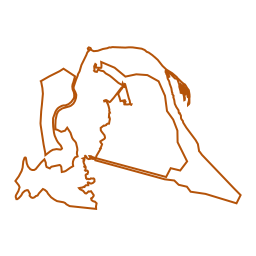 Dumyat, Dumyat, Egypt
{"feature_id": "37247803B80197492831052", "entity_name": "Dumyat", "entity_type": "district", "adm_level": 2, "iso_a3": "EGY", "parent_name": "Egypt", "parent_adm1": "Dumyat", "projection": "equal_earth", "projection_center": [31.855, 31.44], "detail": "fine", "context": "isolated", "style": "outline", "palette": "amber", "viewbox_px": 256, "rotation_deg": 0, "n_neighbors": 0, "source": "geoboundaries", "source_scale": "gbopen_adm2", "svg_char_len": 5677}
<svg xmlns="http://www.w3.org/2000/svg" viewBox="0 0 256 256"><path d="M236.5,203.3L240.6,195.1L234.0,188.4L202.0,154.9L199.8,151.9L199.1,151.2L197.9,144.1L195.7,140.2L186.3,127.6L183.2,122.6L182.8,120.9L181.5,119.3L181.0,118.0L180.9,115.7L180.3,114.4L179.8,113.3L179.4,113.5L178.8,112.8L178.5,110.3L176.3,107.0L174.8,103.8L174.2,99.9L173.3,97.1L173.5,96.9L173.5,95.6L172.4,94.3L172.4,93.0L172.0,92.2L171.3,88.1L169.7,83.8L169.2,81.4L167.7,78.6L166.9,74.5L166.5,74.3L166.1,73.0L165.6,72.1L165.6,70.9L165.8,70.6L166.6,71.1L167.8,75.0L168.3,76.3L168.9,76.9L169.3,76.7L167.8,72.6L168.0,72.0L168.4,72.0L170.1,73.5L174.9,78.4L175.8,78.6L176.2,78.4L177.0,79.0L177.7,80.1L179.3,84.7L179.3,86.8L180.5,91.1L180.7,92.8L181.4,93.0L181.3,89.8L180.8,86.2L180.3,84.3L180.5,84.1L181.2,85.8L181.3,87.1L182.6,89.2L182.8,91.4L184.0,96.7L184.3,100.2L184.7,100.0L184.9,98.1L184.2,95.3L184.1,93.3L183.2,90.7L183.2,88.8L182.8,87.5L182.7,85.4L183.4,85.6L184.3,87.4L184.7,89.3L184.7,91.0L185.2,92.7L185.2,94.6L185.9,93.8L185.9,93.0L185.2,89.7L185.6,88.8L186.2,90.0L186.2,91.0L186.7,93.0L187.1,92.8L187.1,91.1L186.4,89.8L186.4,88.5L187.0,89.1L187.7,91.3L187.4,95.8L187.8,97.1L188.3,97.3L188.2,92.8L188.6,93.0L188.8,94.1L189.0,100.3L188.0,103.9L188.0,105.0L189.0,104.1L189.4,103.1L189.4,98.0L189.6,96.9L189.5,94.5L188.8,90.2L187.2,88.1L185.5,85.3L184.8,84.4L183.5,83.7L181.4,81.9L177.2,77.8L176.8,77.1L172.2,73.2L166.4,69.6L162.5,65.9L157.7,59.8L152.3,55.1L148.6,52.5L146.7,51.8L144.7,50.0L141.7,48.7L132.7,47.4L129.1,47.3L125.3,47.6L112.2,47.1L110.8,47.5L109.2,47.4L107.3,48.2L102.9,49.0L97.8,50.8L94.6,51.1L93.5,51.1L90.8,49.7L90.9,48.7L90.5,48.0L88.8,47.4L87.8,48.4L88.2,49.7L89.8,49.9L87.3,52.4L86.4,54.9L81.4,65.1L79.6,71.3L77.9,74.4L77.8,75.4L76.0,79.8L73.7,86.7L73.6,88.0L73.8,89.2L75.4,92.3L76.3,94.9L76.0,97.9L75.0,100.9L73.4,103.6L71.2,105.5L69.6,106.3L62.3,108.4L59.1,110.5L57.9,111.9L56.8,114.2L55.6,119.8L55.3,126.1L55.6,129.4L57.4,129.8L61.2,131.8L65.0,130.7L67.2,127.7L70.5,132.8L72.1,137.7L73.2,139.5L75.2,141.6L76.0,142.9L77.2,147.9L77.4,150.2L77.0,151.9L76.9,153.9L77.6,156.4L75.1,157.4L73.8,159.2L73.0,161.5L72.8,163.6L73.2,166.1L70.5,167.6L65.8,170.9L64.4,171.5L61.8,172.0L61.3,167.0L60.4,165.4L59.6,165.0L51.5,166.7L50.2,167.8L49.8,168.4L46.6,167.0L45.9,164.9L45.8,162.7L44.4,159.3L41.1,162.5L35.7,169.1L34.1,170.0L32.2,170.0L30.3,169.2L28.0,166.5L26.8,163.5L25.9,158.0L25.5,157.5L25.0,157.5L24.5,157.9L23.3,161.4L22.6,167.7L21.6,171.0L18.8,176.3L15.4,181.0L18.7,185.2L19.6,187.2L18.4,191.0L15.9,195.4L15.7,196.9L16.4,199.1L17.4,199.1L19.1,197.8L21.2,195.5L22.7,192.8L24.8,190.9L27.1,190.1L28.0,190.3L29.9,193.8L29.6,195.7L31.3,197.5L32.8,197.9L34.5,197.3L35.8,196.1L37.6,195.5L38.9,193.4L42.9,189.0L44.8,189.9L46.8,191.6L48.1,193.8L51.1,197.3L54.2,199.5L57.0,201.1L63.6,202.3L65.1,203.0L66.4,204.3L69.6,206.1L96.1,208.9L96.0,206.3L96.6,203.3L94.8,201.6L93.3,201.3L91.6,200.2L91.1,198.5L91.4,198.1L92.0,198.1L92.8,197.2L93.7,195.8L93.7,195.1L91.0,191.2L89.7,191.6L88.5,191.4L87.4,192.6L86.2,193.5L85.7,193.4L85.1,193.2L83.1,190.8L79.9,189.2L79.0,188.1L81.3,187.6L82.4,187.6L83.5,186.8L84.5,187.0L85.1,185.9L85.8,185.3L88.3,185.2L88.3,184.1L87.7,182.8L87.9,182.4L88.5,182.4L90.5,183.5L91.5,183.5L93.0,182.9L94.5,181.5L94.4,179.3L94.0,178.7L93.5,178.4L92.3,178.6L90.8,178.4L90.1,179.0L88.7,179.2L87.8,178.7L87.0,179.1L86.1,178.3L85.6,175.1L86.4,174.2L87.5,174.0L88.1,172.1L87.7,171.0L87.2,170.6L85.5,170.8L85.1,170.3L85.5,170.1L85.7,167.1L85.4,166.5L84.4,166.9L84.2,166.7L84.8,165.4L83.7,162.8L83.4,161.1L84.0,160.9L84.4,159.6L82.8,158.5L85.1,157.7L85.5,157.3L85.0,156.0L85.2,155.8L85.9,156.2L87.2,158.4L88.7,159.1L92.1,158.5L93.0,159.0L94.3,158.8L93.6,158.1L90.6,157.4L89.9,157.0L89.5,156.1L91.0,156.2L92.5,157.1L95.8,158.1L95.3,159.0L95.3,160.3L164.7,179.3L174.3,180.5L178.7,184.8L186.9,186.7L190.6,191.7L205.5,193.9L236.5,203.3ZM95.8,158.1L96.5,155.8L100.7,148.6L100.2,148.4L100.9,147.4L102.1,144.2L100.5,142.2L100.3,141.4L104.3,138.9L104.8,138.3L105.0,137.4L104.5,135.3L101.6,131.6L100.8,130.3L100.7,127.9L103.7,125.6L104.1,125.8L106.2,125.1L106.4,124.5L107.5,123.7L109.0,123.7L109.6,120.5L109.9,119.0L109.5,117.3L108.9,117.3L109.0,115.8L109.2,113.2L110.0,112.8L109.2,110.9L109.4,109.6L108.7,106.6L107.8,103.8L107.5,103.6L106.8,101.8L105.6,101.0L104.3,101.4L104.1,100.7L105.5,100.1L106.4,100.1L109.6,102.1L110.3,101.7L113.8,97.7L121.1,88.1L122.2,87.1L122.4,87.7L122.0,88.6L121.6,88.8L118.6,93.0L118.4,94.7L119.4,97.2L120.5,101.1L124.8,100.2L125.6,101.7L125.2,102.1L123.7,101.2L123.3,101.4L125.0,103.4L124.6,103.4L124.2,104.0L124.4,104.4L127.8,104.5L129.5,104.1L131.2,104.8L131.4,104.4L130.8,104.4L130.1,103.1L129.7,100.7L128.8,98.3L125.1,84.1L124.7,83.9L124.5,84.1L124.7,87.1L123.7,86.9L123.0,84.9L123.0,84.1L122.7,83.4L122.3,85.1L118.4,82.9L112.2,77.6L109.6,75.6L105.7,73.4L103.5,71.2L100.9,70.7L98.2,69.6L97.7,70.2L96.9,71.9L95.0,71.6L94.1,70.8L94.5,70.4L94.2,66.3L95.3,64.0L96.1,64.6L95.8,67.0L96.2,67.6L100.9,67.9L101.3,67.7L101.5,65.8L101.2,62.0L114.6,67.7L125.4,76.6L136.3,74.3L147.4,75.1L158.6,81.3L165.0,95.8L167.0,111.0L173.2,119.6L177.4,130.6L177.6,142.2L187.1,161.4L180.2,170.5L170.7,168.2L166.1,177.0L95.8,158.1ZM75.0,76.3L63.5,68.7L59.6,71.2L49.4,76.3L40.8,81.2L41.2,81.9L42.4,88.1L42.9,93.7L41.9,104.8L41.2,111.2L40.5,123.3L40.7,125.4L43.6,144.5L45.2,152.7L45.4,155.1L50.4,151.2L52.8,149.8L56.5,149.1L60.5,149.6L61.4,149.2L62.0,148.4L60.8,145.6L58.1,142.5L56.8,140.4L54.7,135.7L54.0,132.8L53.2,126.8L53.0,122.5L53.1,118.2L55.5,111.6L56.6,109.8L57.7,108.4L59.3,107.2L61.7,105.9L63.6,105.4L65.4,105.4L68.6,104.1L71.3,101.9L73.6,98.7L74.2,97.1L74.2,94.3L73.8,92.1L72.6,89.3L72.3,86.4L72.6,84.3L73.3,82.5L75.0,76.3Z" fill="none" stroke="#b45309" stroke-width="2"/></svg>